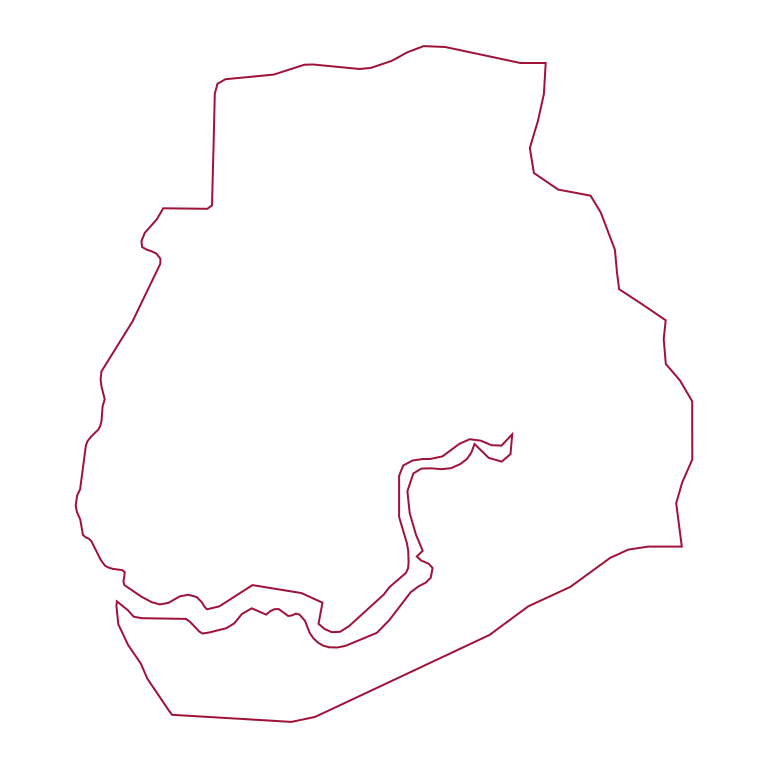 SVG path tracing the border of Sédhiou
{"feature_id": "SEN-5514", "entity_name": "Sédhiou", "entity_type": "Region", "adm_level": 1, "iso_a3": "SEN", "parent_name": "Senegal", "parent_adm1": "", "projection": "albers", "projection_center": [-15.668, 12.909], "detail": "fine", "context": "isolated", "style": "outline", "palette": "rose", "viewbox_px": 768, "rotation_deg": 0, "n_neighbors": 0, "source": "natural_earth", "source_scale": "10m", "svg_char_len": 2403}
<svg xmlns="http://www.w3.org/2000/svg" viewBox="0 0 768 768"><path d="M681.8,546.6L648.1,546.6L628.3,549.6L610.3,557.8L570.3,586.9L528.3,606.3L491.6,633.4L489.6,634.9L315.1,716.9L291.3,721.9L172.0,714.8L171.9,714.6L168.9,710.6L147.4,678.8L140.8,663.5L128.2,645.2L118.3,624.3L116.4,605.7L116.9,601.4L127.9,610.2L133.7,616.7L141.7,618.2L186.0,618.9L190.2,622.0L199.2,631.5L202.5,633.5L208.6,632.6L226.3,628.2L234.3,623.3L241.9,614.0L251.7,608.3L266.2,614.6L269.9,611.4L274.3,609.2L278.8,609.1L288.2,616.0L292.3,615.3L295.8,613.6L299.6,614.6L305.0,620.9L309.7,632.9L313.4,638.3L317.9,642.5L322.8,645.5L329.1,647.3L337.4,647.5L345.3,645.9L376.9,632.8L389.5,619.9L410.7,592.2L418.6,586.3L425.7,582.7L430.7,577.7L432.6,568.0L428.6,563.7L421.0,560.4L416.8,556.5L422.7,550.8L416.0,534.8L409.7,513.2L407.4,491.2L413.3,473.5L421.3,468.6L431.2,468.3L441.5,469.2L451.0,468.2L460.6,463.9L467.1,458.8L471.4,452.4L474.5,444.0L488.7,457.9L501.7,461.6L510.5,454.1L512.2,434.3L501.5,445.6L491.4,445.2L480.9,440.7L469.8,439.2L459.4,443.8L442.4,456.4L430.0,459.0L423.0,459.0L412.6,460.5L403.2,465.5L399.1,475.9L399.1,517.0L407.0,543.6L408.2,550.9L408.6,562.4L408.1,568.1L406.0,572.8L389.3,587.3L384.0,594.3L349.2,626.0L340.0,631.8L331.8,632.2L324.6,629.0L318.5,623.8L322.5,602.7L301.5,593.1L252.5,585.1L219.2,606.4L207.0,609.3L204.7,607.0L201.6,602.0L196.6,597.0L188.4,594.8L179.9,596.3L168.3,602.9L159.9,604.4L151.8,602.2L141.4,596.7L124.3,585.0L123.4,581.5L124.3,576.5L124.7,572.0L122.1,570.1L112.9,568.9L108.1,567.4L105.0,565.7L100.7,559.8L91.3,541.0L88.7,538.6L85.6,537.3L82.9,534.8L80.3,519.7L76.8,511.6L75.7,505.6L77.1,495.6L80.1,489.3L85.9,445.4L87.5,441.2L91.1,436.6L98.4,429.5L100.3,425.7L101.5,421.0L102.6,406.4L104.7,399.2L101.6,387.0L100.6,379.6L101.4,371.5L132.4,321.6L160.3,263.8L160.4,258.7L156.4,253.6L151.7,251.3L146.6,249.6L142.2,247.1L141.4,241.2L144.8,232.8L156.7,219.5L163.2,208.3L181.6,208.5L207.4,208.8L212.0,205.3L213.3,154.9L213.6,143.9L214.8,93.6L217.5,83.7L225.5,79.2L273.6,74.6L304.5,64.7L313.2,64.5L359.6,69.0L370.9,67.9L391.6,60.9L407.5,52.2L423.6,46.1L445.2,47.0L520.3,63.0L545.7,63.0L543.9,94.0L537.9,121.0L529.8,148.0L533.9,173.0L558.2,189.6L590.6,195.7L600.7,212.4L614.9,249.7L617.0,272.6L619.1,289.2L641.3,303.7L665.7,320.3L663.7,339.0L665.8,363.9L680.0,380.5L692.2,401.3L692.2,426.2L692.3,459.5L682.2,482.4L676.2,503.2L681.8,546.6Z" fill="none" stroke="#9f1239" stroke-width="2"/></svg>